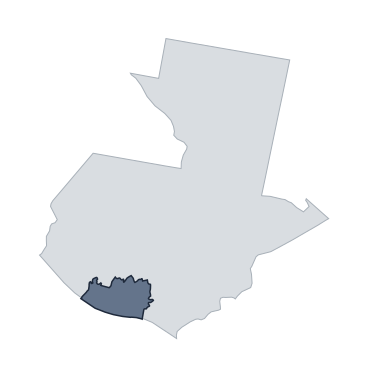 where Escuintla sits in Guatemala, rotated 10°
{"feature_id": "GTM-1950", "entity_name": "Escuintla", "entity_type": "Department", "adm_level": 1, "iso_a3": "GTM", "parent_name": "Guatemala", "parent_adm1": "", "projection": "albers", "projection_center": [-91.003, 14.2], "detail": "fine", "context": "in_parent", "style": "filled", "palette": "slate", "viewbox_px": 384, "rotation_deg": 10, "n_neighbors": 0, "source": "natural_earth", "source_scale": "10m", "svg_char_len": 3938}
<svg xmlns="http://www.w3.org/2000/svg" viewBox="0 0 384 384"><g transform="rotate(10 192 192)"><path d="M52.8,280.6L54.6,278.8L56.2,274.6L58.1,270.2L57.0,265.1L56.3,261.0L58.5,255.0L58.3,250.5L59.3,247.8L62.5,246.0L64.1,242.6L55.2,230.8L55.2,228.1L56.4,224.8L63.8,212.2L72.5,197.3L82.1,180.9L87.9,171.0L108.9,171.0L122.7,171.0L140.3,171.0L159.5,171.0L172.0,170.9L177.2,170.8L176.3,164.3L177.0,157.2L179.3,150.7L179.3,147.9L175.5,144.4L168.3,142.4L164.2,139.3L164.2,135.4L162.4,130.6L158.9,125.1L151.6,119.4L140.6,113.6L131.2,105.8L123.5,96.0L116.9,89.7L111.9,87.1L110.7,85.7L125.5,85.8L139.4,85.9L139.5,71.9L139.6,59.4L139.7,45.4L164.9,45.4L195.0,45.3L226.3,45.2L250.9,45.1L265.3,45.0L264.8,62.4L264.2,82.7L263.7,97.5L263.1,117.4L262.5,137.7L261.7,165.3L261.1,183.2L261.4,183.6L269.7,182.7L281.9,183.4L284.9,183.3L288.7,184.8L291.6,185.3L297.8,189.2L305.2,192.2L309.8,186.0L307.3,182.3L305.4,180.5L305.7,178.8L331.2,194.5L328.2,197.0L321.9,202.7L310.2,212.5L299.8,221.3L289.8,229.3L280.7,236.5L279.7,237.2L268.2,242.4L266.3,244.7L263.8,254.8L262.7,257.3L264.9,262.8L267.0,271.4L266.4,275.9L258.4,281.5L254.8,286.6L253.2,289.8L251.7,289.0L249.3,288.7L243.5,290.0L240.8,290.3L238.5,291.7L238.3,294.9L239.8,299.9L240.4,302.5L238.8,303.7L231.7,306.7L229.0,309.7L226.3,314.4L223.2,316.3L220.0,316.0L217.7,316.7L212.8,320.2L205.5,326.9L201.6,331.9L201.5,335.7L202.3,339.0L175.4,327.3L166.4,325.3L128.7,325.5L112.5,320.8L94.1,311.8L81.7,303.6L52.8,280.6Z" fill="#d9dde1" stroke="#a8b0b8" stroke-width="1"/><path d="M165.0,325.9L164.2,325.7L159.4,325.3L154.0,325.8L153.2,326.1L145.2,326.6L135.9,326.4L127.3,325.4L116.8,323.3L100.4,316.0L102.0,316.6L101.9,316.0L101.7,314.9L101.8,314.6L101.9,314.2L105.3,309.2L105.9,307.9L106.2,307.4L106.6,307.0L107.0,306.4L107.1,305.3L107.0,302.4L106.7,300.7L106.7,300.1L106.7,299.2L106.8,298.7L107.7,298.0L108.2,298.4L108.5,298.8L108.6,299.3L108.7,299.5L108.9,299.5L109.2,299.5L109.7,299.2L109.9,299.0L110.1,298.8L110.0,298.6L110.0,298.4L109.6,297.8L109.5,297.4L109.4,296.8L109.4,296.3L109.4,295.9L109.5,295.3L109.7,294.9L109.8,294.8L110.0,294.5L112.0,293.1L112.3,292.9L112.9,292.7L113.2,292.8L113.5,293.1L113.9,293.8L114.1,294.1L114.1,294.4L113.6,295.1L113.5,295.3L113.4,295.5L113.5,295.9L113.6,296.1L113.9,296.5L114.0,296.8L114.0,297.0L113.9,297.6L113.8,297.8L113.9,298.0L114.1,298.4L114.4,298.7L114.7,298.9L115.0,299.1L115.5,299.1L116.1,299.1L116.7,298.8L118.0,297.4L118.7,298.1L118.4,299.8L118.8,299.9L127.0,300.6L127.4,300.3L128.0,299.1L128.4,298.6L128.5,298.3L128.5,297.9L128.7,294.4L129.2,293.2L131.2,289.1L132.1,289.9L132.3,290.0L132.6,290.2L132.9,290.2L133.6,290.2L133.9,290.1L134.1,290.0L135.1,289.4L135.4,289.3L135.7,289.3L136.0,289.4L136.3,289.6L137.0,290.3L137.4,290.5L137.8,290.7L138.3,290.7L138.6,290.6L138.8,290.5L139.1,290.1L139.4,289.8L139.6,289.8L139.8,289.9L139.9,290.2L140.1,291.4L140.1,291.9L140.1,292.2L140.2,292.4L140.4,292.6L140.9,292.3L142.3,289.6L142.7,288.6L142.8,288.4L143.2,287.8L144.7,286.4L146.6,284.9L148.6,286.7L149.2,287.3L149.3,287.5L149.8,288.8L150.7,290.2L151.1,290.8L151.5,291.0L153.3,289.4L153.8,288.9L153.9,288.7L154.2,288.1L154.6,287.6L154.9,287.4L155.5,287.1L156.5,287.1L156.9,286.8L157.2,286.3L157.7,286.1L158.0,286.3L158.1,286.5L158.8,288.2L163.3,286.4L164.2,289.0L165.2,290.0L165.8,290.1L166.7,290.1L166.9,290.2L167.1,290.2L167.4,291.2L167.9,294.9L167.8,297.3L168.0,298.1L168.9,300.1L169.3,301.7L168.3,302.7L167.9,303.5L167.6,304.3L167.7,304.6L167.8,304.8L168.2,305.0L169.2,305.2L169.6,305.2L170.1,305.2L170.3,305.2L171.3,304.7L171.6,304.7L171.9,304.8L172.5,305.1L172.7,305.3L172.8,305.5L171.9,306.6L170.8,307.7L170.3,308.0L170.1,308.1L168.8,308.3L168.4,308.5L168.4,309.5L168.6,310.0L168.8,310.1L169.8,311.1L169.9,311.4L169.9,311.6L169.9,311.8L169.6,312.1L169.4,312.3L168.5,312.8L168.1,313.2L167.6,314.2L167.4,314.9L167.2,315.0L166.2,315.2L165.4,315.4L165.1,315.8L165.0,316.1L165.0,325.1L165.0,325.9Z" fill="#64748b" stroke="#1e293b" stroke-width="1.5"/></g></svg>